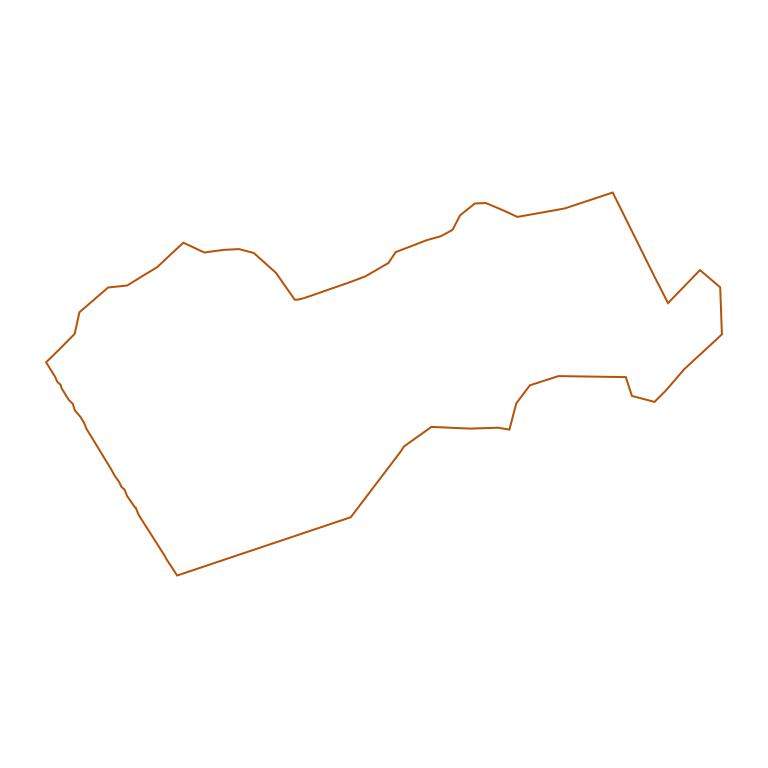 Kaya, Lac, Chad
{"feature_id": "50815135B89390943871593", "entity_name": "Kaya", "entity_type": "district", "adm_level": 2, "iso_a3": "TCD", "parent_name": "Chad", "parent_adm1": "Lac", "projection": "robinson", "projection_center": [14.166, 13.535], "detail": "fine", "context": "isolated", "style": "outline", "palette": "amber", "viewbox_px": 768, "rotation_deg": 0, "n_neighbors": 0, "source": "geoboundaries", "source_scale": "gbopen_adm2", "svg_char_len": 1155}
<svg xmlns="http://www.w3.org/2000/svg" viewBox="0 0 768 768"><path d="M612.7,192.5L564.5,208.5L517.4,216.9L502.2,209.9L485.7,203.0L474.8,203.5L460.0,215.4L452.6,229.8L440.9,236.2L426.6,240.2L395.7,252.1L388.4,263.0L365.3,276.4L347.9,282.9L329.4,289.3L303.8,298.2L297.3,299.7L294.7,299.7L276.0,272.9L253.8,253.0L239.1,249.1L223.2,249.9L204.3,252.5L183.3,242.7L167.2,257.7L157.4,267.0L143.2,275.6L127.2,285.5L108.1,287.5L79.4,312.3L74.7,333.8L60.0,348.7L46.1,362.3L55.1,376.8L57.3,381.8L60.7,384.9L61.6,388.3L68.8,399.9L72.8,403.9L74.1,407.9L74.9,410.5L76.1,411.8L80.5,417.0L84.0,422.6L86.4,428.7L109.8,467.0L111.0,469.0L114.6,475.6L118.9,481.6L121.0,485.9L121.6,487.1L124.5,489.5L125.6,492.3L127.1,496.0L133.5,505.3L135.1,507.6L135.7,507.6L138.7,515.0L148.6,530.5L162.7,552.7L164.7,555.8L166.0,558.3L166.5,559.2L177.1,575.5L350.8,517.2L401.0,451.1L404.0,446.4L431.4,426.9L470.2,428.6L498.1,427.7L509.4,429.6L516.3,403.3L529.9,385.3L558.4,376.1L625.8,377.1L631.9,395.9L654.5,401.9L665.9,390.5L684.3,369.1L721.9,334.4L720.2,287.3L700.0,270.1L668.0,303.1L658.7,284.8L655.4,278.5L612.7,192.5L612.7,192.5Z" fill="none" stroke="#b45309" stroke-width="2"/></svg>